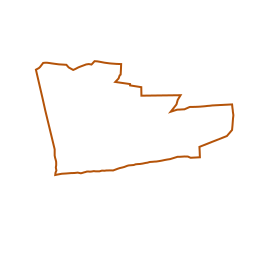 the district of Bulaq Al-DakrUr, Al Jizah, Egypt, rotated 102°
{"feature_id": "37247803B34210539192827", "entity_name": "Bulaq Al-DakrUr", "entity_type": "district", "adm_level": 2, "iso_a3": "EGY", "parent_name": "Egypt", "parent_adm1": "Al Jizah", "projection": "robinson", "projection_center": [31.19, 30.03], "detail": "fine", "context": "isolated", "style": "outline", "palette": "amber", "viewbox_px": 256, "rotation_deg": 102, "n_neighbors": 0, "source": "geoboundaries", "source_scale": "gbopen_adm2", "svg_char_len": 1838}
<svg xmlns="http://www.w3.org/2000/svg" viewBox="0 0 256 256"><g transform="rotate(102 128 128)"><path d="M141.7,51.6L135.7,53.1L131.6,54.2L123.5,42.0L122.2,40.0L115.3,29.6L108.3,25.8L104.0,26.3L102.5,26.5L96.6,27.3L95.2,27.4L93.5,27.6L90.3,28.8L88.6,29.3L86.7,30.0L83.3,31.1L88.4,50.2L89.2,52.5L89.9,54.9L90.5,56.6L91.0,58.2L92.2,62.2L93.3,66.4L94.6,72.0L98.0,76.7L98.5,78.7L99.1,80.8L99.8,83.6L100.8,85.4L103.2,89.6L94.9,85.5L90.1,85.2L85.0,83.4L93.6,121.6L85.3,123.5L85.9,134.8L84.6,135.1L85.6,150.0L81.5,147.5L78.3,147.1L77.3,146.3L75.3,146.6L72.1,147.1L66.9,148.0L67.7,152.6L68.4,157.7L68.6,159.4L69.0,164.5L69.1,169.3L69.2,171.9L69.6,174.6L72.2,176.1L73.5,176.9L73.6,179.6L74.5,182.1L76.4,185.1L77.8,187.3L79.0,189.1L79.9,190.2L81.0,191.5L81.4,192.0L82.6,193.7L81.1,198.6L79.0,201.4L79.9,207.5L80.1,208.8L80.5,213.7L80.7,216.5L80.8,218.4L81.0,220.8L81.5,223.0L82.0,224.5L84.7,225.8L86.6,226.7L88.0,227.7L90.1,230.2L116.4,217.9L128.2,212.5L164.1,195.3L170.2,194.0L172.1,193.2L174.0,192.2L175.6,191.4L177.0,191.0L179.3,190.5L181.6,190.4L184.5,189.2L186.8,189.6L189.1,189.4L188.1,187.1L186.5,183.2L185.2,178.5L183.9,174.2L183.2,171.2L182.1,167.9L182.1,164.7L181.3,163.1L180.5,161.7L179.9,160.4L179.2,159.3L178.8,157.7L178.6,156.1L178.1,154.5L177.3,152.5L177.1,150.6L176.6,148.2L176.3,146.9L175.1,144.6L174.7,142.1L174.0,140.2L173.7,138.8L173.3,137.2L172.9,135.2L172.6,133.7L171.6,132.1L170.9,131.0L170.0,129.6L168.9,127.7L167.7,125.1L166.8,123.4L165.1,120.8L164.4,119.4L163.5,116.3L163.0,114.7L161.9,112.9L161.2,110.7L160.7,108.8L159.8,106.4L159.0,104.6L158.4,103.2L157.9,101.8L156.7,99.6L156.0,97.1L155.4,95.2L154.9,93.3L154.0,90.9L152.9,88.2L151.7,85.5L150.7,83.1L149.7,80.4L148.2,77.7L145.9,73.6L145.5,71.7L144.1,66.7L143.5,63.5L144.1,60.6L142.8,55.7L141.7,51.6L141.7,51.6Z" fill="none" stroke="#b45309" stroke-width="2"/></g></svg>